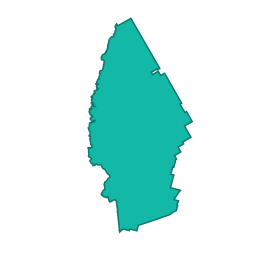 Kalamunda, Western Australia, Australia (Albers equal-area conic projection), rotated 240°
{"feature_id": "25037944B74850979375149", "entity_name": "Kalamunda", "entity_type": "district", "adm_level": 2, "iso_a3": "AUS", "parent_name": "Australia", "parent_adm1": "Western Australia", "projection": "albers", "projection_center": [116.154, -32.004], "detail": "fine", "context": "isolated", "style": "filled", "palette": "teal", "viewbox_px": 256, "rotation_deg": 240, "n_neighbors": 0, "source": "geoboundaries", "source_scale": "gbopen_adm2", "svg_char_len": 5780}
<svg xmlns="http://www.w3.org/2000/svg" viewBox="0 0 256 256"><g transform="rotate(240 128 128)"><path d="M221.5,185.3L221.6,170.2L223.9,170.2L223.6,169.3L222.7,168.0L221.9,167.3L221.4,167.3L221.1,167.3L220.4,167.0L219.8,167.3L219.4,167.2L219.2,167.0L219.1,166.2L218.9,165.9L218.3,165.3L216.9,164.2L216.9,163.8L216.5,162.9L216.5,162.4L215.6,162.0L215.0,162.0L214.6,161.8L214.5,161.0L215.0,160.1L215.1,158.8L214.8,157.7L213.9,156.0L213.1,154.9L211.9,154.1L211.6,153.8L210.9,153.3L209.9,151.8L209.2,151.7L208.7,151.1L208.4,151.1L208.3,150.9L207.8,150.8L207.5,150.4L207.0,150.0L206.9,149.7L206.7,149.7L206.4,149.4L206.1,148.4L205.6,148.0L205.7,147.7L205.0,147.1L205.0,146.8L204.8,146.8L204.8,146.6L204.6,146.5L204.4,146.6L204.4,146.1L204.1,145.6L203.7,145.3L203.7,145.2L203.9,145.0L203.9,144.7L204.1,144.6L203.8,143.9L204.2,142.9L203.9,142.7L203.8,142.3L203.7,142.2L203.7,141.8L203.0,141.3L202.9,140.8L202.7,140.7L202.6,140.2L202.2,140.0L201.7,139.9L201.3,139.5L200.9,139.6L200.5,139.3L200.3,139.4L200.1,139.4L200.1,140.0L199.8,140.0L199.6,140.3L199.2,140.5L198.8,140.8L198.4,140.8L197.8,140.6L197.7,140.7L197.7,140.8L197.2,140.7L196.9,140.1L196.4,139.9L195.7,139.3L195.7,139.0L195.2,138.8L195.0,138.3L194.7,138.2L194.4,138.3L194.1,138.2L193.5,137.3L192.4,136.5L192.1,135.8L191.6,135.4L191.3,135.4L191.1,135.2L191.0,134.2L191.3,132.8L191.3,132.5L191.2,132.1L190.8,131.6L189.9,131.0L189.7,130.6L189.4,130.7L189.2,130.9L188.8,131.0L188.4,130.6L188.1,130.5L187.7,129.6L186.4,128.1L186.1,127.9L185.9,128.0L185.8,127.7L185.4,127.6L185.3,127.3L185.1,127.1L185.3,126.6L184.5,125.4L184.1,125.0L183.5,123.9L182.9,123.6L181.9,123.9L181.4,123.9L180.8,124.8L180.9,124.3L181.3,123.6L181.7,123.6L182.2,123.1L182.3,122.5L182.4,122.4L182.4,122.2L182.2,122.1L180.9,122.4L180.7,122.6L180.2,122.5L179.7,121.9L179.6,121.5L179.4,121.2L178.4,121.1L178.0,121.2L177.9,121.5L177.7,121.6L177.8,121.4L177.8,121.2L177.5,120.6L177.2,120.3L176.9,120.5L176.9,120.3L176.5,120.4L176.7,120.0L176.7,119.8L176.8,119.7L176.6,119.2L177.0,117.8L176.9,117.2L175.6,116.7L175.0,117.0L175.1,116.5L175.0,115.8L174.6,115.4L174.3,115.5L174.3,115.1L174.1,114.9L173.8,114.9L174.0,114.8L174.1,114.3L173.5,113.2L173.1,113.0L173.4,112.5L173.7,112.3L173.6,112.2L173.6,111.9L173.3,111.6L172.5,111.7L172.1,112.0L171.9,112.2L171.5,112.3L171.1,111.5L171.1,111.0L170.6,110.3L169.9,110.3L168.3,109.9L167.9,110.0L168.3,109.2L168.2,108.8L167.5,108.5L167.1,108.4L166.1,109.1L165.5,109.1L165.5,109.3L165.6,109.8L165.5,109.7L165.0,109.8L164.8,109.6L164.5,109.4L163.4,109.9L163.8,109.3L163.9,109.0L164.5,108.9L165.0,109.1L164.9,108.6L165.2,108.3L165.3,108.2L164.6,106.7L163.9,105.9L163.2,105.6L163.0,105.8L163.0,105.5L162.7,105.5L163.0,105.1L163.1,104.7L163.7,105.0L163.8,104.9L163.9,104.5L163.8,104.2L163.3,104.3L162.2,103.3L162.0,102.8L161.2,102.3L160.6,102.3L160.3,102.8L158.7,101.9L158.4,101.9L158.1,102.5L157.6,102.6L157.2,102.5L156.0,103.0L156.0,103.3L155.4,103.2L155.4,102.1L155.7,101.9L155.8,101.6L155.6,101.3L155.4,100.5L154.9,99.8L154.0,100.2L153.7,100.0L152.4,100.2L152.1,100.2L151.8,100.4L151.4,100.8L151.2,102.2L151.1,102.4L151.0,102.2L150.9,102.3L150.9,102.5L151.2,102.7L150.9,102.9L150.8,102.5L150.7,102.2L150.8,102.1L150.7,101.6L150.1,101.5L150.3,101.5L150.5,101.4L150.4,100.6L150.6,100.2L150.7,99.4L151.1,99.2L151.4,98.8L151.7,97.7L151.4,97.1L151.0,97.0L150.4,96.3L149.6,95.8L149.1,95.8L148.2,94.7L147.8,94.4L147.9,93.6L146.3,93.4L145.2,93.0L144.8,93.1L144.6,93.4L143.8,93.5L143.6,93.3L143.4,93.0L142.6,92.7L141.3,92.1L140.9,91.4L141.1,90.9L140.9,90.5L140.7,90.5L140.2,90.4L140.1,90.6L140.1,90.9L139.3,91.3L138.1,89.8L137.1,89.3L136.5,89.4L136.3,89.4L136.3,89.1L136.0,88.8L134.6,88.7L134.0,88.5L133.4,87.9L132.6,87.5L132.2,87.5L131.7,88.0L131.4,88.1L130.9,88.0L130.2,87.5L129.6,87.3L129.4,87.2L129.1,86.6L129.4,86.3L129.6,85.9L129.6,85.3L129.8,84.8L130.9,84.0L131.0,83.6L130.6,83.3L130.0,83.5L129.6,83.4L128.6,82.8L126.7,81.8L125.5,81.5L124.9,81.0L124.1,80.2L123.4,79.7L122.7,79.7L122.6,79.9L121.7,80.2L120.6,81.1L120.0,81.3L119.6,81.1L119.3,80.7L119.0,78.9L118.2,78.5L115.8,78.5L115.0,79.0L114.8,79.4L114.6,79.6L112.9,78.8L112.4,80.2L112.5,81.0L112.4,82.4L112.0,82.9L111.3,83.3L110.9,83.7L110.4,84.7L110.5,84.9L109.9,85.8L109.7,86.0L108.6,86.3L108.1,86.1L107.5,86.2L106.6,85.9L105.3,86.0L105.0,86.2L104.3,87.0L103.7,87.3L101.3,87.4L100.1,87.2L98.1,87.6L97.7,87.8L97.4,87.8L96.4,88.4L96.1,88.4L95.0,88.0L94.3,87.4L94.2,87.1L94.3,86.3L94.2,85.4L93.6,84.7L93.4,84.2L93.2,83.1L92.7,82.2L92.7,81.6L92.8,81.0L92.7,80.8L92.2,80.4L91.4,79.3L90.6,78.9L89.1,78.7L88.9,78.5L88.5,78.4L87.8,78.0L87.3,78.0L86.8,77.4L86.3,77.3L86.3,76.7L86.5,76.1L86.4,75.6L86.1,75.1L85.3,73.7L84.6,72.8L84.2,71.9L83.8,71.7L83.6,71.5L83.2,71.5L82.6,72.2L81.7,72.2L81.3,72.4L81.0,72.4L81.0,72.8L80.4,73.0L79.9,73.8L79.3,73.8L79.3,74.0L78.8,74.2L78.4,75.0L78.4,75.6L78.3,76.3L78.1,76.5L77.5,76.1L77.1,76.1L76.8,75.8L74.6,75.3L74.6,75.6L73.1,75.3L72.8,76.5L72.8,78.3L72.9,79.4L72.9,79.9L72.6,80.4L71.0,81.6L65.9,79.4L65.8,79.5L61.8,77.7L61.1,77.3L61.1,77.1L58.3,76.0L57.7,75.7L43.8,69.6L43.7,69.4L43.6,69.6L42.1,68.9L42.7,71.4L42.8,72.5L43.3,73.1L38.4,77.9L39.6,79.2L34.5,84.2L38.5,88.2L33.6,112.5L34.0,112.9L33.6,113.7L33.3,114.4L32.2,119.9L32.1,121.2L32.6,125.8L32.5,127.4L32.2,128.4L36.1,132.2L36.6,131.8L38.8,134.0L38.6,134.2L39.7,135.3L43.0,132.0L43.7,132.7L43.8,133.4L44.0,133.2L44.4,134.6L47.2,140.4L47.8,142.3L55.1,134.9L64.4,144.2L66.7,141.9L71.2,146.6L71.8,147.1L71.0,147.9L76.7,153.6L76.7,154.5L80.8,154.5L80.8,158.0L80.9,161.8L86.4,161.8L86.4,168.1L88.5,168.1L88.5,177.9L101.4,177.9L101.4,183.9L101.3,184.1L101.4,184.3L101.4,186.8L113.0,186.9L113.0,185.0L122.6,185.0L122.6,186.8L157.1,187.1L157.1,182.6L162.0,182.6L162.0,176.0L164.6,176.0L164.6,182.6L163.7,182.6L163.7,185.3L221.5,185.3Z" fill="#14b8a6" stroke="#0f766e" stroke-width="1.5"/></g></svg>